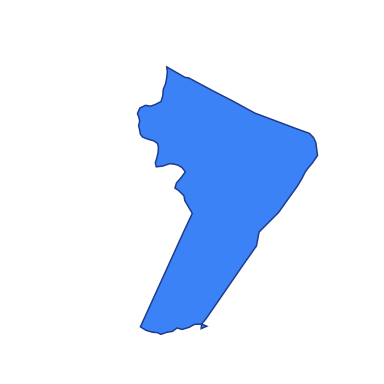 the district of Taquarana, Alagoas, Brazil, rotated 229°
{"feature_id": "56859067B58643827659067", "entity_name": "Taquarana", "entity_type": "district", "adm_level": 2, "iso_a3": "BRA", "parent_name": "Brazil", "parent_adm1": "Alagoas", "projection": "equal_earth", "projection_center": [-36.481, -9.612], "detail": "fine", "context": "isolated", "style": "filled", "palette": "blue", "viewbox_px": 384, "rotation_deg": 229, "n_neighbors": 0, "source": "geoboundaries", "source_scale": "gbopen_adm2", "svg_char_len": 1171}
<svg xmlns="http://www.w3.org/2000/svg" viewBox="0 0 384 384"><g transform="rotate(229 192 192)"><path d="M295.2,248.3L291.3,243.5L288.1,237.4L283.8,233.1L280.6,227.9L282.3,221.1L284.1,216.9L287.9,213.8L289.6,207.8L287.0,202.3L283.0,200.8L279.8,199.0L277.1,195.2L273.4,193.3L269.6,191.0L266.1,190.7L262.9,192.2L259.4,194.3L255.6,196.8L251.3,197.8L248.0,196.2L243.8,192.0L240.7,187.7L238.1,183.5L234.4,181.6L230.8,186.9L228.0,193.8L224.5,197.0L221.5,199.0L217.0,200.5L211.6,200.2L210.1,193.8L209.0,186.2L206.2,181.7L201.9,182.9L198.0,183.2L194.2,183.4L190.3,180.9L175.7,178.2L170.7,167.0L167.4,159.5L124.1,64.6L117.7,66.6L111.9,70.3L108.7,73.6L105.0,75.1L102.8,80.6L99.6,85.9L99.2,91.5L94.8,94.3L91.8,101.0L90.5,107.0L86.0,112.6L87.2,119.7L94.6,148.5L103.2,181.7L109.0,205.2L117.8,216.4L119.4,238.4L119.7,243.5L121.1,249.5L122.8,256.3L127.3,275.4L130.1,283.9L132.7,290.2L133.8,294.5L134.9,301.7L137.2,310.7L147.9,317.8L153.3,319.4L159.1,319.1L171.7,312.1L210.3,291.2L234.0,282.4L248.2,276.7L255.5,273.8L280.4,264.3L283.3,261.8L303.0,255.0L298.9,252.2L295.2,248.3ZM86.0,112.6L82.9,109.3L81.0,115.1L86.0,112.6Z" fill="#3b82f6" stroke="#1e3a8a" stroke-width="1.5"/></g></svg>